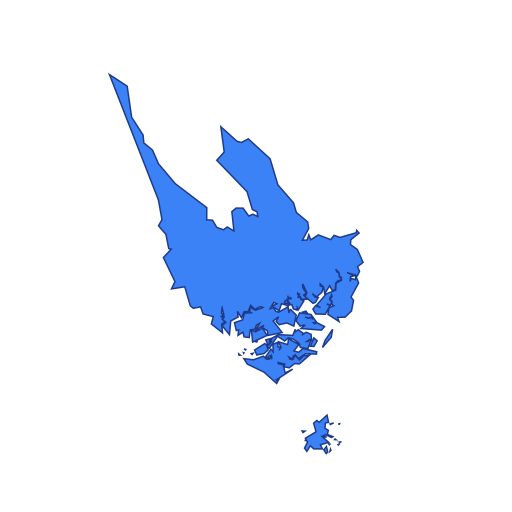 outline of David, Chiriquí, Panama, rotated 348°
{"feature_id": "35544464B4717226524239", "entity_name": "David", "entity_type": "district", "adm_level": 2, "iso_a3": "PAN", "parent_name": "Panama", "parent_adm1": "Chiriquí", "projection": "mercator", "projection_center": [-82.37, 8.424], "detail": "fine", "context": "isolated", "style": "filled", "palette": "blue", "viewbox_px": 512, "rotation_deg": 348, "n_neighbors": 0, "source": "geoboundaries", "source_scale": "gbopen_adm2", "svg_char_len": 6193}
<svg xmlns="http://www.w3.org/2000/svg" viewBox="0 0 512 512"><g transform="rotate(348 256 256)"><path d="M198.2,313.2L207.3,324.2L208.2,315.8L209.2,314.9L212.2,314.8L209.7,310.6L210.3,309.8L211.6,309.4L212.1,308.4L209.9,308.4L209.4,308.0L212.1,306.3L210.6,305.2L210.4,304.3L210.6,303.5L211.5,302.5L211.3,301.0L212.1,299.5L212.3,306.4L209.7,308.1L211.7,307.9L212.3,308.5L211.8,309.6L210.0,310.7L212.7,314.7L208.3,317.0L213.7,327.4L217.8,314.3L225.8,312.0L226.3,306.2L228.9,313.3L232.9,308.0L236.8,308.7L240.5,303.1L243.9,308.0L249.1,306.4L251.6,307.4L252.1,307.9L244.2,308.9L239.6,304.8L238.1,310.0L240.7,310.7L232.8,309.5L229.7,315.7L221.1,316.7L221.2,324.8L223.6,324.7L221.9,329.9L227.4,327.8L227.5,332.6L232.4,334.4L235.0,327.0L239.7,327.5L242.0,323.7L245.5,322.6L240.3,328.4L249.4,325.4L247.1,327.1L251.6,331.6L251.3,336.2L265.6,336.3L259.3,323.1L265.5,320.1L262.1,324.2L264.4,328.0L272.3,327.9L278.4,332.4L283.1,322.2L278.7,315.5L277.4,316.1L277.0,317.7L276.4,317.8L276.9,312.3L266.5,315.7L263.9,314.3L262.3,310.3L258.8,310.4L263.7,305.1L266.5,307.1L261.3,308.3L267.2,314.4L271.0,308.0L276.0,310.7L273.6,308.6L275.7,305.0L273.9,308.7L278.4,308.6L277.0,306.4L277.2,304.9L281.3,304.7L280.7,303.8L279.6,304.7L278.6,303.9L278.9,301.4L278.8,303.9L280.9,303.7L281.5,304.9L277.3,305.1L278.7,308.4L276.7,310.4L280.0,309.7L278.1,310.9L281.0,311.0L281.5,315.5L284.8,317.4L285.6,315.0L286.2,317.4L293.5,309.9L290.8,307.7L290.7,305.2L289.2,305.4L288.6,305.0L290.5,302.7L288.9,302.4L288.8,301.6L289.1,300.9L290.7,302.7L289.0,305.0L291.0,305.1L291.2,307.7L297.1,308.9L294.5,304.1L297.8,302.6L295.9,299.0L295.1,296.0L295.9,293.0L298.1,302.6L295.5,305.8L302.0,314.2L304.5,313.7L308.3,309.5L305.2,308.4L303.3,304.4L306.6,308.6L312.8,305.3L315.4,300.3L312.6,298.7L313.0,296.6L315.6,300.3L315.4,307.1L321.9,300.4L323.4,305.9L326.5,305.1L328.5,298.9L331.4,297.1L334.3,297.3L334.7,295.0L333.3,294.1L333.4,289.5L331.7,288.3L331.2,285.5L333.7,289.4L333.5,293.5L335.0,294.6L334.6,297.5L328.6,299.3L326.9,306.0L317.0,307.6L305.0,316.7L308.4,320.0L304.1,316.9L300.6,319.8L302.3,325.1L311.7,327.4L318.2,319.7L315.1,317.5L318.7,319.6L320.6,316.8L319.0,313.7L319.8,311.7L321.7,311.0L321.4,310.2L321.8,309.6L322.1,311.3L319.3,313.9L320.9,316.0L320.1,319.2L321.8,320.8L316.6,321.9L314.2,328.0L323.6,337.4L323.0,332.9L330.3,334.4L338.0,329.6L342.2,319.7L340.4,315.9L350.8,303.7L349.5,296.2L348.2,299.8L344.6,297.8L342.7,300.4L344.1,295.9L348.0,295.8L341.6,291.1L351.0,296.5L354.1,292.5L353.0,287.6L359.4,284.5L356.5,270.7L350.8,264.5L352.1,259.8L361.6,255.0L359.8,251.8L358.9,254.1L342.0,255.3L336.7,252.0L332.5,255.5L321.3,248.3L312.8,251.6L312.1,246.3L309.3,251.0L304.7,250.2L313.3,240.0L313.6,233.4L304.5,221.8L303.8,211.9L292.2,191.0L290.0,163.9L272.8,139.8L265.4,141.9L261.3,139.9L248.5,122.3L246.5,147.7L237.5,154.2L260.6,191.2L262.1,209.8L266.2,212.9L266.0,217.7L261.6,214.5L257.2,215.4L253.3,206.5L246.5,205.0L241.6,207.6L239.6,226.9L233.8,221.6L229.7,223.6L223.6,219.9L220.9,211.9L215.3,210.4L217.9,198.5L192.1,168.5L179.8,145.6L176.8,130.9L169.8,122.1L170.7,114.2L163.2,94.5L165.3,63.1L150.4,48.1L172.2,180.8L171.6,200.9L166.9,206.2L172.4,216.1L172.2,230.6L174.5,231.7L165.1,238.2L171.4,264.2L166.5,270.6L179.9,271.3L181.4,291.1L183.8,294.1L191.2,294.2L192.2,301.7L201.6,306.4L198.2,313.2ZM249.7,385.0L254.0,380.0L250.7,382.7L249.9,381.4L268.4,374.3L260.2,376.4L260.0,368.1L255.4,366.0L255.5,364.7L261.6,367.7L260.3,370.2L265.4,372.3L271.4,369.2L276.0,370.6L287.4,364.3L281.7,363.5L276.9,366.7L273.7,361.7L272.7,361.8L271.4,364.4L270.0,364.9L267.8,364.0L267.1,361.7L270.4,364.4L271.7,361.5L273.9,360.8L276.0,365.1L284.2,361.9L294.8,364.5L295.4,362.2L282.7,356.2L277.8,359.0L273.3,356.8L279.4,351.6L270.8,343.7L268.5,349.2L260.4,344.7L261.4,350.7L258.9,353.0L261.2,350.6L258.6,349.4L259.6,344.9L254.2,346.0L252.8,353.4L251.3,350.3L244.1,356.9L247.5,359.2L247.3,356.9L250.2,356.3L250.6,357.2L249.9,359.3L250.5,360.2L249.7,359.0L250.0,357.1L247.9,359.6L245.1,359.4L242.4,355.5L231.9,357.0L222.8,353.9L225.0,359.9L239.6,371.2L249.7,385.0ZM287.4,357.5L292.1,350.1L291.3,349.0L288.9,350.5L287.8,350.2L291.5,348.7L292.8,350.3L293.6,344.1L289.2,341.0L284.3,343.0L286.3,341.6L282.0,336.9L278.2,338.4L279.2,335.8L275.5,341.3L261.6,337.6L254.1,339.8L253.4,343.0L249.9,345.9L248.1,345.6L246.4,343.5L235.1,347.7L236.2,353.0L243.6,353.1L248.4,350.4L247.9,346.6L249.9,349.1L260.3,338.9L266.3,345.1L270.7,342.8L275.3,345.1L280.0,350.4L280.4,354.6L287.4,357.5ZM280.9,458.5L279.7,454.1L288.3,453.3L283.2,446.5L287.4,447.9L284.8,445.7L286.9,445.2L292.2,449.3L293.7,448.7L288.7,445.4L290.5,441.5L287.6,438.8L289.2,433.7L292.4,433.8L292.4,426.4L283.2,431.8L281.3,429.5L277.6,431.5L278.2,440.4L266.4,444.5L267.7,448.8L263.5,454.0L265.1,457.7L269.8,452.9L272.4,456.7L280.9,458.5ZM304.6,342.1L308.4,339.3L301.7,333.8L299.4,334.5L298.2,333.3L301.4,333.1L299.1,328.0L297.6,329.8L298.5,327.8L294.5,327.9L291.2,325.8L294.8,327.7L298.6,326.9L297.7,324.6L286.8,320.7L281.7,327.6L284.6,333.8L287.8,333.5L289.1,334.0L284.9,336.3L304.6,342.1ZM234.8,339.5L250.3,336.0L247.4,327.9L239.7,330.0L236.1,327.5L234.8,339.5ZM302.0,359.3L312.7,351.1L315.7,343.6L306.1,352.8L302.0,359.3ZM293.9,356.5L298.2,351.7L295.6,348.1L290.5,355.6L293.9,356.5ZM249.2,345.6L251.2,344.5L251.3,342.9L252.6,339.8L248.1,340.1L249.2,345.6ZM283.6,463.9L285.4,462.7L285.3,457.0L282.0,459.8L283.6,463.9ZM294.3,322.5L293.4,320.3L290.1,320.6L291.7,322.2L294.3,322.5ZM236.6,339.1L238.9,340.3L239.4,339.6L238.3,339.1L236.6,339.1ZM265.2,438.5L267.5,437.5L264.7,436.7L265.2,438.5ZM251.5,342.8L253.3,342.4L252.9,340.8L251.5,342.8ZM293.7,436.3L297.3,435.4L293.5,435.7L293.7,436.3ZM231.8,351.6L232.9,350.5L231.0,350.6L231.8,351.6ZM224.9,344.4L226.3,345.7L226.6,345.3L224.9,344.4ZM265.2,446.5L266.3,446.9L266.4,446.6L265.2,446.5ZM297.2,458.0L299.0,457.0L297.0,457.5L297.2,458.0ZM287.7,462.4L288.9,461.7L288.7,460.4L287.7,462.4ZM302.6,437.9L302.9,437.4L301.5,437.4L302.6,437.9ZM218.7,349.4L220.0,349.7L218.8,348.2L218.7,349.4ZM223.6,347.9L223.7,348.6L224.1,348.2L223.6,347.9ZM288.5,455.9L289.2,455.4L288.0,454.8L288.5,455.9ZM299.3,455.8L300.9,455.4L298.8,455.3L299.3,455.8ZM294.7,451.9L296.0,452.3L295.3,451.4L294.7,451.9Z" fill="#3b82f6" stroke="#1e3a8a" stroke-width="1.5"/></g></svg>